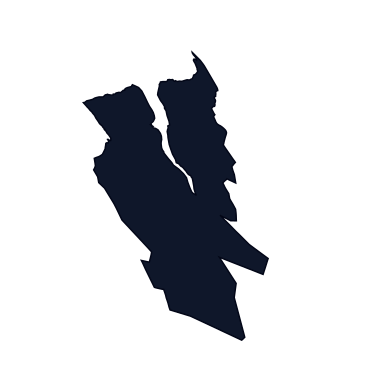 Kåfjord nor 2, Troms, Norway (Natural Earth projection), rotated 45°
{"feature_id": "86288312B7453580545213", "entity_name": "Kåfjord nor 2", "entity_type": "district", "adm_level": 2, "iso_a3": "NOR", "parent_name": "Norway", "parent_adm1": "Troms", "projection": "natural_earth1", "projection_center": [20.51, 69.497], "detail": "fine", "context": "isolated", "style": "filled", "palette": "ink", "viewbox_px": 384, "rotation_deg": 45, "n_neighbors": 0, "source": "geoboundaries", "source_scale": "gbopen_adm2", "svg_char_len": 5674}
<svg xmlns="http://www.w3.org/2000/svg" viewBox="0 0 384 384"><g transform="rotate(45 192 192)"><path d="M93.4,93.1L93.8,93.4L94.1,93.4L94.2,93.5L94.7,93.6L95.2,93.8L96.0,93.9L96.3,93.9L96.3,94.0L96.6,94.0L96.9,94.0L99.1,94.2L100.2,94.4L100.9,94.6L101.0,94.7L101.4,94.9L102.0,95.3L102.1,95.5L101.9,95.5L101.3,95.5L101.1,95.5L100.3,96.0L99.4,96.6L99.7,97.7L101.1,98.3L103.2,98.8L108.1,100.9L109.1,101.8L110.7,102.5L111.1,104.0L111.3,106.4L110.5,108.2L111.3,109.4L112.1,111.8L111.5,113.0L111.0,114.7L109.4,115.9L108.8,116.7L106.6,120.9L104.6,122.6L103.6,124.2L101.6,125.1L101.8,125.8L101.3,126.2L98.8,126.2L97.6,127.7L96.5,128.4L95.5,129.7L96.1,131.1L95.7,132.2L93.3,134.6L91.9,136.5L92.5,137.6L92.8,139.1L94.0,140.1L95.8,143.0L97.5,145.7L99.0,147.6L105.2,149.6L108.7,150.1L112.5,151.1L112.9,151.4L112.7,151.5L112.4,151.5L112.7,151.6L113.0,151.7L113.0,151.8L113.2,152.0L113.3,152.0L113.1,151.8L113.3,151.8L113.9,152.1L113.7,152.3L114.0,152.4L114.3,152.3L114.7,152.6L116.1,152.8L120.4,155.6L125.7,158.2L128.8,160.4L128.2,162.4L130.0,163.6L130.4,164.8L131.7,166.8L134.8,168.9L136.6,170.5L138.6,171.9L140.3,173.1L142.3,174.5L145.9,176.3L151.5,179.0L157.4,180.7L160.2,182.4L162.6,181.4L165.8,181.6L166.8,181.3L168.4,181.1L170.3,181.3L173.3,181.5L174.4,181.8L176.7,182.1L178.2,181.9L178.7,181.5L180.2,181.5L181.3,182.0L182.4,182.0L185.1,183.8L189.4,186.8L190.7,187.9L191.5,188.5L194.1,189.9L196.6,191.0L196.8,191.3L193.9,192.2L191.6,192.1L187.7,190.6L182.1,188.1L178.0,185.8L173.0,185.1L166.4,185.2L159.9,186.2L156.8,185.5L152.1,185.2L144.6,184.3L143.7,183.6L141.1,183.1L139.2,182.2L136.1,179.8L134.8,178.4L133.5,176.4L130.9,174.2L128.2,172.9L124.0,172.1L121.3,172.8L119.2,174.1L117.7,173.9L118.0,173.2L117.2,173.3L116.4,173.9L115.0,173.7L115.5,173.0L114.4,172.5L114.7,170.2L114.5,168.9L113.5,166.3L111.3,164.7L108.4,163.2L105.4,162.3L101.4,161.5L97.3,160.2L91.1,158.0L85.1,156.1L80.4,155.9L76.8,157.2L74.0,158.3L74.5,160.5L73.7,161.8L72.5,163.9L71.9,165.4L71.8,166.8L72.5,167.7L71.5,168.7L71.3,172.0L69.8,173.3L69.0,174.6L68.3,175.7L68.4,177.1L67.1,178.5L67.6,179.3L66.2,180.7L64.3,182.1L63.0,182.8L62.9,183.3L62.0,184.7L62.0,185.8L61.9,187.7L59.0,190.6L57.7,192.7L56.8,194.4L56.2,196.8L54.6,199.6L53.1,202.0L52.8,204.5L52.0,205.6L52.6,205.7L53.5,205.7L55.0,205.8L55.6,205.8L56.4,205.9L56.8,205.8L57.3,206.0L57.5,206.0L58.8,206.0L59.1,206.0L59.6,206.0L60.0,206.0L60.4,206.1L61.5,206.2L61.9,206.3L62.5,206.3L63.2,206.3L63.9,206.2L64.4,206.1L64.9,206.2L64.9,206.3L65.3,206.4L67.2,206.6L67.7,206.6L68.2,206.5L68.5,206.7L68.9,206.8L69.3,206.8L69.5,206.9L70.3,207.2L70.7,207.3L71.9,207.7L74.2,208.1L75.7,208.4L76.4,208.5L77.3,208.8L78.4,209.0L79.6,209.0L80.5,208.9L80.9,208.9L81.6,208.8L82.0,208.9L82.8,209.1L83.2,209.2L85.2,209.3L85.4,209.3L85.6,209.2L85.8,209.2L86.0,209.3L85.9,209.5L85.9,209.8L87.6,209.8L88.7,209.9L89.0,210.0L89.3,210.2L89.9,210.4L92.1,210.5L93.2,210.6L94.0,210.8L94.8,210.9L95.5,211.1L96.0,211.2L96.6,211.4L96.8,211.6L97.1,211.9L97.5,212.3L97.8,212.7L98.0,212.9L98.1,213.1L98.0,213.3L97.5,213.5L97.2,213.6L96.9,213.8L96.7,213.9L96.4,214.0L95.6,214.1L95.4,214.1L95.2,214.3L95.1,214.5L96.0,214.7L96.6,214.8L97.2,215.0L97.3,215.1L97.3,215.3L97.4,215.6L97.7,216.1L97.7,216.3L98.0,216.7L97.8,217.0L97.7,217.1L97.1,217.3L96.9,217.5L96.9,217.8L96.8,218.1L96.7,218.5L96.8,218.7L97.0,218.8L97.1,219.0L97.3,219.3L97.5,219.5L97.7,219.8L97.9,220.1L98.4,220.5L98.5,220.9L99.1,221.6L99.2,221.8L99.3,221.9L99.4,222.1L99.5,222.3L100.0,222.6L100.4,223.8L101.2,226.1L102.0,228.6L102.0,229.1L101.5,231.5L101.2,232.5L101.0,233.1L99.9,235.3L99.1,237.3L103.0,240.1L105.2,241.8L106.1,243.7L106.8,245.9L114.5,247.9L116.7,249.4L119.4,251.3L127.4,251.1L143.5,255.0L145.4,255.5L150.1,257.0L162.3,261.3L200.1,262.6L205.8,262.9L207.4,265.1L209.8,269.0L211.4,271.8L204.6,276.2L207.1,277.0L213.8,279.5L232.8,286.0L234.3,285.2L236.7,283.7L239.2,282.1L240.9,280.9L246.2,283.5L248.6,285.0L253.1,287.2L255.7,288.7L257.2,289.6L259.9,290.9L278.6,280.9L331.9,261.6L332.0,259.9L332.0,257.4L296.5,236.8L294.5,234.2L287.8,225.4L257.4,218.8L300.5,200.0L296.7,192.6L295.6,190.5L294.7,188.8L293.4,186.3L292.9,185.2L283.7,186.6L280.4,187.1L272.3,188.3L269.5,188.7L262.7,188.7L256.2,188.7L250.7,188.8L241.7,188.7L239.0,188.7L235.2,188.7L231.8,188.7L228.2,188.6L229.7,188.2L235.1,186.4L239.6,185.0L243.7,181.0L242.6,180.0L239.5,177.1L237.9,175.7L235.0,173.4L229.7,171.8L225.7,170.8L223.3,170.1L219.2,167.2L213.3,165.8L211.6,165.3L208.9,164.3L207.3,163.8L207.3,161.1L207.5,158.6L207.4,157.9L209.7,157.2L212.9,156.0L216.5,154.7L209.5,149.7L208.8,149.4L205.3,147.7L203.3,146.5L202.2,146.0L202.1,144.6L201.9,143.5L201.8,142.7L201.7,140.4L196.3,139.5L194.2,139.1L184.7,137.4L180.9,136.6L180.0,135.1L179.0,133.6L176.8,129.8L176.2,128.6L175.7,127.6L174.8,126.1L174.4,125.7L174.1,125.4L173.6,125.2L173.1,125.0L172.4,124.7L171.4,124.6L169.4,124.6L167.1,124.8L166.5,124.9L165.1,125.2L163.7,125.7L162.7,125.9L161.9,126.0L161.1,126.0L160.4,125.9L159.7,125.7L158.9,125.5L157.7,124.9L156.6,124.5L155.0,123.9L154.1,123.8L153.9,123.1L153.7,122.4L153.6,121.8L153.5,121.2L152.6,121.1L151.8,120.9L150.4,120.4L148.0,119.7L147.1,119.3L146.7,118.7L146.5,118.3L146.5,117.9L146.6,116.7L146.6,116.2L147.3,115.6L147.3,115.3L147.1,114.8L146.6,114.2L146.2,113.8L145.4,113.2L145.2,113.0L144.8,111.8L144.0,110.8L143.3,110.4L141.8,110.0L140.8,109.4L140.6,109.0L140.6,108.7L141.1,107.9L141.1,107.7L140.8,107.4L140.5,107.1L140.2,106.8L140.0,106.4L139.7,106.2L139.5,105.9L138.9,105.3L138.2,104.7L138.0,104.4L137.9,104.1L138.0,102.9L138.2,102.5L138.4,102.3L138.5,102.1L138.2,101.9L137.8,101.5L136.7,100.9L135.4,100.4L125.6,97.8L112.2,94.3L109.8,93.8L104.7,93.1L98.1,93.1L93.4,93.1Z" fill="#0f172a" stroke="#020617" stroke-width="1.5"/></g></svg>